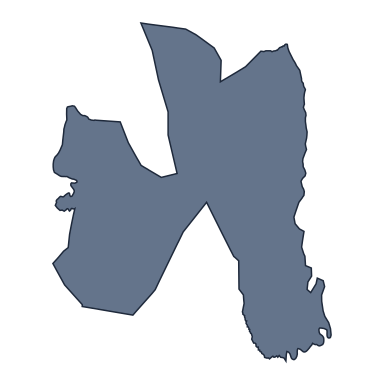 outline of Ixpantepec Nieves, Oaxaca, Mexico
{"feature_id": "50627088B88531455891117", "entity_name": "Ixpantepec Nieves", "entity_type": "district", "adm_level": 2, "iso_a3": "MEX", "parent_name": "Mexico", "parent_adm1": "Oaxaca", "projection": "equal_earth", "projection_center": [-98.013, 17.504], "detail": "fine", "context": "isolated", "style": "filled", "palette": "slate", "viewbox_px": 384, "rotation_deg": 0, "n_neighbors": 0, "source": "geoboundaries", "source_scale": "gbopen_adm2", "svg_char_len": 4920}
<svg xmlns="http://www.w3.org/2000/svg" viewBox="0 0 384 384"><path d="M132.9,315.1L136.1,311.4L152.1,293.4L155.2,289.7L159.5,280.6L167.9,263.3L177.8,242.9L178.1,242.4L183.2,231.9L206.6,202.3L222.0,233.2L230.0,249.1L233.8,256.5L234.5,257.0L238.7,260.8L239.0,289.1L243.4,294.9L243.7,299.4L244.1,303.5L243.4,306.9L242.7,310.6L242.4,311.9L242.9,313.1L242.8,314.1L244.7,315.8L244.5,316.5L244.5,316.9L245.0,317.9L245.2,319.8L245.7,320.9L246.6,321.0L246.2,322.2L246.1,323.5L247.4,325.3L247.3,326.8L248.1,326.8L248.4,327.5L248.6,327.8L249.0,328.4L248.9,329.3L249.7,329.5L249.5,331.3L250.2,332.0L250.6,333.2L251.0,333.4L251.3,333.5L252.3,336.7L251.7,339.2L253.7,343.1L254.8,343.0L255.9,343.9L256.1,346.3L257.2,347.2L258.2,347.1L258.4,350.0L259.6,350.0L260.0,351.5L261.4,352.1L261.8,353.5L263.4,354.4L264.3,355.6L264.6,357.4L266.9,358.1L268.6,358.0L269.5,358.9L271.7,357.0L272.9,356.2L273.6,357.1L274.8,357.2L276.8,355.9L277.8,357.2L279.2,355.5L280.7,357.3L282.4,357.5L284.0,358.0L285.9,361.0L286.3,354.6L286.9,351.5L288.7,352.2L290.0,353.9L291.3,357.9L292.2,359.0L293.5,359.6L294.5,359.5L295.8,358.3L296.8,356.3L297.3,354.1L297.2,351.6L297.4,349.7L297.9,348.6L298.8,348.7L299.7,349.1L300.6,349.5L301.3,350.2L302.3,351.0L303.2,351.7L304.1,352.0L305.0,351.9L305.9,351.5L306.6,351.0L307.7,349.9L308.7,348.7L309.4,347.9L310.3,346.6L311.7,345.1L312.6,343.3L314.1,344.2L315.3,344.6L316.7,344.5L318.1,345.5L319.2,345.9L320.5,345.6L321.9,344.9L322.7,344.5L323.5,343.0L323.7,342.0L323.8,340.9L323.8,340.0L323.8,338.9L323.5,337.4L322.4,335.8L319.9,333.9L319.3,332.6L319.0,330.9L318.9,329.3L319.6,328.1L320.8,328.0L322.2,328.2L324.1,328.5L326.8,329.8L327.1,331.6L327.0,334.0L327.1,335.9L327.5,337.1L328.3,337.9L329.8,337.9L330.5,337.2L331.1,335.0L330.5,328.8L328.7,322.7L324.8,316.3L323.1,310.8L321.7,301.3L321.6,295.0L324.6,286.6L323.2,280.7L317.3,278.1L316.1,283.8L310.7,292.6L307.1,289.5L307.9,282.0L311.6,276.1L311.3,268.0L305.5,265.6L304.9,256.2L303.8,254.0L301.6,247.1L302.7,239.5L304.0,231.4L299.4,228.9L295.1,223.7L293.9,217.1L295.8,211.3L298.9,202.3L301.0,199.5L302.4,197.6L302.6,197.1L303.9,195.4L304.3,191.6L303.6,189.2L302.3,186.8L302.1,186.1L301.7,184.4L301.3,182.7L301.0,181.3L301.6,180.1L302.6,178.4L303.3,177.7L305.1,175.9L305.8,173.2L304.8,169.9L303.2,166.8L303.1,164.0L302.6,161.7L302.9,158.7L303.9,156.0L305.0,153.0L306.5,149.5L305.7,146.3L305.3,143.8L305.7,142.0L306.6,138.1L306.9,135.3L307.1,131.9L306.2,127.9L305.9,125.2L305.4,121.7L305.4,117.8L306.0,115.4L305.7,112.7L304.2,109.5L303.4,107.4L303.9,105.5L304.4,104.2L304.2,102.1L303.9,97.8L304.3,94.1L304.7,92.0L305.4,89.7L305.1,88.9L303.8,86.6L303.5,85.4L303.2,83.2L302.2,82.1L301.6,80.7L301.5,78.6L299.8,70.5L299.4,69.8L296.4,65.6L295.8,64.2L294.4,61.6L293.2,59.8L289.1,51.6L287.8,47.8L287.3,44.4L286.0,44.1L285.0,44.6L284.1,46.0L283.1,45.9L282.4,46.8L281.4,46.8L280.8,47.3L279.7,47.6L277.2,50.3L276.6,50.2L275.7,50.8L273.7,51.0L272.0,51.7L270.6,50.8L265.9,50.8L263.9,51.6L260.9,51.2L245.6,66.7L236.6,72.2L220.4,81.8L221.1,61.0L221.1,60.3L214.2,48.0L196.2,34.9L185.7,29.1L176.9,27.9L176.6,27.8L176.4,27.8L173.1,27.3L155.1,25.0L148.2,24.1L140.9,23.0L152.2,50.4L158.5,79.9L168.1,111.9L168.1,135.0L177.1,173.5L161.3,177.4L148.4,169.8L147.7,169.3L143.9,167.1L143.1,166.6L141.1,165.4L139.9,163.3L139.1,161.9L138.4,160.6L137.7,159.5L135.6,155.8L128.3,142.7L120.2,121.9L95.8,120.2L94.9,120.0L94.2,120.4L91.4,120.1L88.7,119.0L87.9,117.4L86.9,116.6L84.7,115.6L82.8,115.6L80.6,114.4L79.3,112.9L77.8,111.2L76.7,109.5L75.4,107.4L74.4,106.2L72.3,105.8L70.4,106.3L68.3,106.7L67.4,107.0L66.8,108.4L66.7,108.6L66.6,114.1L66.8,118.8L66.8,120.1L66.1,121.6L65.0,124.7L64.4,127.3L63.9,129.1L63.8,131.3L63.6,133.3L63.2,136.7L62.8,140.2L62.4,144.7L61.1,147.7L60.1,150.1L59.5,151.2L58.5,153.1L56.7,155.4L55.5,156.5L54.8,157.5L54.3,158.7L53.6,160.8L53.2,164.0L53.2,166.9L53.5,169.8L54.4,172.4L57.5,174.3L59.6,175.7L61.2,176.4L62.9,176.5L64.5,176.5L65.8,176.6L67.0,176.5L68.5,177.4L69.5,177.9L72.3,179.0L73.8,179.2L75.3,179.8L76.5,180.4L77.0,181.2L76.8,182.3L74.8,183.2L73.9,183.1L71.5,182.9L70.8,183.9L70.9,185.6L72.5,187.8L73.5,189.1L74.2,190.5L74.2,191.9L73.4,193.7L72.8,194.7L72.3,195.7L71.7,196.3L70.7,196.5L69.9,195.6L69.7,194.7L69.5,193.4L68.9,192.9L67.6,193.4L65.8,194.7L64.6,195.7L63.7,196.7L62.9,196.9L61.3,196.5L60.4,196.4L59.8,196.9L59.1,197.6L58.1,198.7L57.2,199.4L56.5,200.3L56.2,201.1L56.6,202.3L55.3,205.4L57.4,208.1L60.0,210.4L62.2,210.1L64.2,211.2L66.0,209.9L66.3,209.7L66.6,209.1L66.9,209.0L67.4,208.7L68.1,209.0L68.3,209.3L68.5,209.7L68.7,209.9L69.4,211.0L69.6,210.8L69.8,210.8L70.0,210.7L70.4,210.2L70.8,209.8L71.0,209.1L71.3,208.6L71.8,208.4L72.3,208.5L72.9,208.9L73.4,208.9L73.9,208.8L74.4,209.0L74.8,208.7L74.2,211.5L73.6,214.0L71.6,223.7L69.6,234.2L68.2,247.6L63.6,251.2L58.4,257.4L52.9,263.5L56.8,270.7L64.6,284.9L73.3,294.6L74.0,295.4L81.8,304.1L82.3,304.7L82.2,306.5L89.4,307.7L112.8,311.7L132.9,315.1Z" fill="#64748b" stroke="#1e293b" stroke-width="1.5"/></svg>